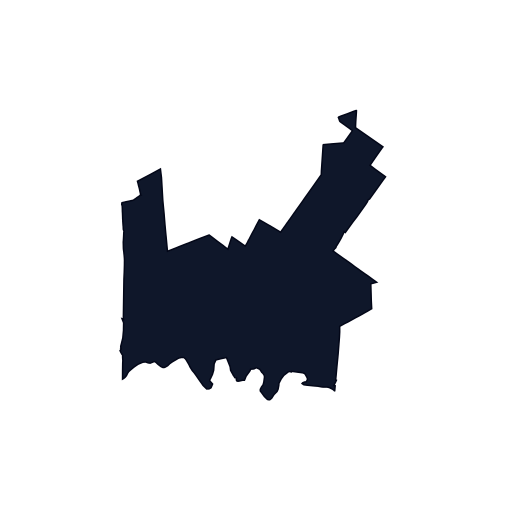 Branesti, Ilfov, Romania (Natural Earth projection), rotated 304°
{"feature_id": "2599482B5534804098776", "entity_name": "Branesti", "entity_type": "district", "adm_level": 2, "iso_a3": "ROU", "parent_name": "Romania", "parent_adm1": "Ilfov", "projection": "natural_earth1", "projection_center": [26.368, 44.46], "detail": "fine", "context": "isolated", "style": "filled", "palette": "ink", "viewbox_px": 512, "rotation_deg": 304, "n_neighbors": 0, "source": "geoboundaries", "source_scale": "gbopen_adm2", "svg_char_len": 5991}
<svg xmlns="http://www.w3.org/2000/svg" viewBox="0 0 512 512"><g transform="rotate(304 256 256)"><path d="M274.7,128.1L269.3,125.3L264.3,122.7L251.7,115.9L251.1,116.6L250.5,117.3L250.0,117.9L249.2,118.7L248.5,119.5L247.9,120.2L246.5,121.8L245.5,122.8L244.8,123.5L242.5,126.0L242.3,126.2L242.2,126.3L242.0,126.2L242.0,126.3L241.9,126.2L241.5,126.1L239.9,125.5L238.7,125.0L237.8,124.6L237.0,124.4L235.7,123.9L234.9,123.5L234.3,123.4L233.7,123.1L233.2,122.7L232.9,122.4L232.7,122.2L231.9,121.4L230.8,120.4L229.0,118.6L228.6,118.3L228.4,118.0L227.7,117.4L225.9,115.7L225.7,115.5L225.4,115.2L225.1,115.1L224.7,115.3L223.9,115.7L223.6,115.9L223.2,116.4L222.9,116.8L222.5,117.2L222.1,117.5L220.5,118.7L218.5,120.1L217.7,120.7L216.8,121.4L213.5,123.8L212.1,124.8L211.3,125.5L210.5,126.0L209.5,126.8L208.7,127.4L206.9,128.8L206.2,129.4L204.0,131.0L203.8,131.2L203.6,131.4L203.4,131.7L203.1,132.2L202.8,132.6L202.3,132.9L201.8,133.2L201.6,133.2L200.0,134.2L197.7,135.6L195.0,137.2L193.2,138.2L193.1,138.3L188.3,141.7L187.4,142.4L186.5,143.2L185.4,144.2L183.9,145.4L183.1,146.1L180.6,148.1L180.2,148.4L179.1,149.2L178.7,149.5L177.3,150.4L174.9,152.0L168.6,156.0L165.8,157.7L163.2,159.3L130.1,180.9L129.5,181.6L129.1,180.0L126.6,183.6L121.2,187.1L120.3,187.7L113.6,191.4L106.8,193.9L106.6,193.9L104.9,194.7L103.9,195.8L103.6,195.7L103.5,196.2L103.2,196.2L102.5,196.2L101.5,196.2L100.4,198.1L100.2,198.5L100.0,199.0L99.8,199.4L99.5,199.9L99.5,200.1L99.3,200.6L99.1,201.0L98.7,201.2L97.5,202.0L95.3,203.7L95.0,204.0L93.3,205.0L92.8,205.3L91.1,206.4L86.2,209.6L79.3,214.2L80.3,214.7L81.2,215.0L82.3,215.3L84.3,215.5L87.2,215.1L89.0,215.1L91.4,215.7L95.5,216.9L97.4,217.6L98.9,218.2L100.4,218.8L104.7,221.6L106.4,223.7L107.1,226.4L108.0,228.2L111.1,230.3L111.3,230.4L111.8,231.1L111.9,232.4L111.4,235.3L111.2,238.5L111.2,239.3L111.4,240.7L111.6,241.4L112.6,242.6L115.6,244.1L118.6,244.7L121.7,245.9L125.2,247.6L127.6,248.7L128.7,249.5L129.7,250.5L130.3,251.1L131.5,253.0L131.4,254.0L131.3,254.9L130.8,256.3L128.6,260.9L128.2,261.6L127.2,263.2L125.4,267.2L124.7,269.8L123.5,273.1L120.9,279.7L120.2,281.7L119.1,284.5L118.2,289.5L119.6,291.4L121.6,292.4L125.6,291.6L126.6,287.6L127.5,286.9L129.0,286.8L133.5,286.1L137.6,284.8L143.2,281.6L147.4,280.9L151.3,284.4L155.3,288.3L151.7,293.6L149.7,296.5L147.0,298.9L145.7,301.4L144.5,303.9L144.3,304.0L144.1,304.9L143.3,306.5L143.9,307.9L143.9,308.2L143.5,308.2L143.0,308.7L142.3,308.9L141.7,310.0L142.1,311.1L142.8,311.9L145.6,314.5L146.5,315.9L147.7,315.7L150.7,315.0L154.4,315.1L156.2,315.2L157.6,315.2L159.1,314.8L161.2,317.4L163.6,318.7L164.2,322.6L162.8,325.8L162.6,327.3L161.8,329.3L160.6,330.6L155.8,333.0L153.2,333.9L150.5,333.8L147.9,334.1L146.5,335.0L145.7,337.4L144.2,341.5L143.5,345.4L143.5,345.5L143.6,346.3L144.5,347.8L146.8,348.5L151.2,348.4L155.4,349.2L157.9,348.8L161.4,347.3L163.3,346.2L168.3,345.6L172.6,345.8L178.1,347.6L178.8,348.1L179.7,350.2L180.3,350.1L181.3,352.0L185.3,360.1L185.6,361.3L185.7,362.2L185.2,363.5L183.5,366.8L181.9,367.9L179.6,367.9L178.7,366.7L177.0,365.6L176.0,365.5L176.0,367.7L177.4,370.5L180.9,377.0L182.6,380.0L184.3,383.9L185.1,385.3L187.1,388.2L187.9,390.3L188.4,394.2L188.2,396.3L187.8,396.9L192.7,394.2L192.6,393.9L192.1,393.0L196.4,392.4L198.0,392.1L197.9,391.3L202.5,388.8L211.4,383.9L217.9,380.4L221.0,378.7L230.9,373.1L235.3,370.6L239.8,367.9L244.5,364.7L247.2,366.1L249.8,367.4L252.5,369.0L260.8,373.2L263.3,374.6L267.2,376.6L269.9,377.9L272.6,379.3L273.9,379.9L276.0,380.9L277.0,381.4L283.1,376.8L295.5,367.9L296.5,367.2L297.2,366.7L298.9,368.3L301.7,370.7L301.8,367.7L301.8,366.7L302.0,361.9L302.1,359.8L302.1,356.2L302.2,351.7L302.2,350.6L302.3,349.0L302.4,343.8L302.7,339.3L302.8,336.0L302.9,328.3L303.0,325.8L303.0,324.7L303.1,321.0L303.2,320.0L303.2,317.1L305.5,317.1L306.0,317.2L307.3,317.5L308.1,317.4L308.9,317.1L310.6,317.1L314.6,316.9L318.5,316.6L319.8,316.4L321.4,316.2L322.8,316.0L325.5,315.5L325.4,316.9L338.6,317.3L344.6,317.7L360.1,318.1L363.5,318.0L364.6,317.6L365.5,317.7L366.8,318.3L381.3,318.7L389.6,318.9L394.1,319.1L394.2,317.5L394.3,313.5L394.4,311.1L394.5,307.8L394.6,305.5L394.8,302.6L395.0,299.8L405.8,299.9L411.1,300.0L415.8,300.1L417.5,300.2L418.0,266.6L418.4,266.6L419.2,266.0L423.1,263.6L426.2,261.8L430.7,259.2L432.7,258.0L432.7,257.7L430.6,256.1L425.1,252.3L419.4,248.1L418.8,247.7L417.4,246.8L417.1,246.8L416.9,246.8L416.8,247.0L416.5,247.5L414.8,249.7L414.6,250.0L414.5,250.5L414.4,250.9L414.3,254.3L414.1,260.7L414.1,261.0L414.0,263.2L413.9,263.5L413.9,265.7L413.8,265.8L413.7,265.9L412.2,265.9L410.1,265.8L408.7,265.8L406.3,265.7L405.6,265.7L404.9,265.7L402.3,265.6L398.8,265.5L391.2,256.0L386.4,250.1L386.0,249.6L385.8,249.6L385.6,249.6L385.4,249.7L369.4,259.0L364.4,261.9L363.5,262.4L361.1,263.9L360.3,264.4L359.7,264.7L357.6,264.6L346.1,264.4L330.6,264.0L327.6,264.0L320.0,263.8L316.9,263.7L315.9,263.7L314.9,263.7L313.0,263.6L312.3,263.6L311.0,263.6L306.0,263.5L305.8,263.5L305.5,263.5L305.1,263.5L303.9,263.4L301.7,263.4L300.9,263.3L300.6,263.3L297.8,263.3L295.2,263.2L294.4,263.2L294.1,263.2L293.7,263.2L292.1,263.1L291.1,263.1L289.4,263.1L289.4,262.8L289.4,262.0L289.4,261.1L289.4,260.7L289.3,259.8L289.3,259.2L289.2,257.8L289.1,255.4L289.0,253.8L288.9,252.2L288.9,251.3L288.8,250.5L288.7,249.6L288.5,246.9L288.4,245.4L288.3,243.7L288.2,242.6L287.9,238.5L281.0,239.2L276.6,239.8L273.9,240.0L272.0,240.2L265.4,241.0L264.9,240.9L264.3,241.0L264.0,241.1L263.7,241.2L263.3,241.2L261.8,241.4L261.1,241.4L260.1,241.5L259.0,241.5L258.2,241.5L258.2,240.9L258.2,240.3L258.2,239.2L258.3,235.6L258.4,229.7L258.4,225.4L256.8,225.7L251.7,227.2L250.0,227.7L247.9,228.3L245.9,228.9L246.0,226.4L246.1,225.3L246.1,224.7L246.3,223.2L246.5,217.9L246.6,215.7L247.0,209.4L247.2,205.4L241.0,201.0L239.9,200.2L234.4,196.4L233.3,195.7L233.2,195.6L230.4,193.7L229.0,192.8L227.4,191.6L221.6,187.6L218.0,185.2L210.4,180.0L212.9,177.9L220.6,171.6L224.7,168.2L230.7,163.3L240.2,155.7L247.1,150.0L250.3,147.4L268.0,133.9L274.7,128.1Z" fill="#0f172a" stroke="#020617" stroke-width="1.5"/></g></svg>